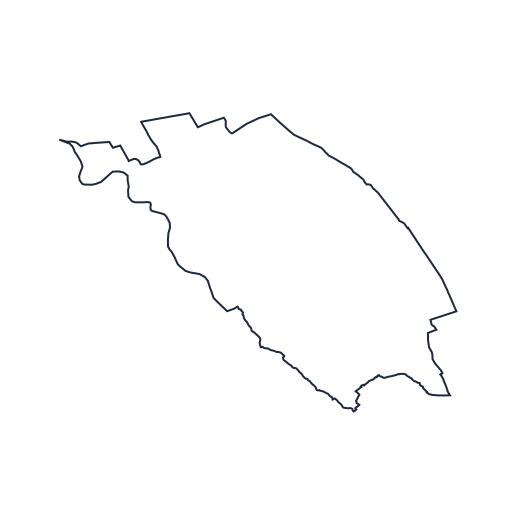 Dulcesti, Neamt, Romania, rotated 187°
{"feature_id": "2599482B7069275875494", "entity_name": "Dulcesti", "entity_type": "district", "adm_level": 2, "iso_a3": "ROU", "parent_name": "Romania", "parent_adm1": "Neamt", "projection": "natural_earth1", "projection_center": [26.772, 46.976], "detail": "fine", "context": "isolated", "style": "outline", "palette": "slate", "viewbox_px": 512, "rotation_deg": 187, "n_neighbors": 0, "source": "geoboundaries", "source_scale": "gbopen_adm2", "svg_char_len": 6043}
<svg xmlns="http://www.w3.org/2000/svg" viewBox="0 0 512 512"><g transform="rotate(187 256 256)"><path d="M172.2,354.5L172.6,354.6L175.0,355.7L176.3,356.2L178.8,357.5L181.1,358.3L183.1,359.2L183.8,359.5L188.6,361.7L192.1,363.1L196.0,364.5L198.5,366.6L199.6,367.3L202.0,369.6L204.1,371.1L204.8,371.5L211.7,373.6L215.4,374.9L220.4,376.8L230.9,380.2L232.6,380.8L233.9,381.5L238.6,384.5L246.7,390.1L248.7,391.4L258.4,398.5L270.0,393.2L281.4,386.0L294.1,375.2L294.8,374.8L295.7,375.0L297.6,376.2L301.1,379.6L301.7,380.7L302.2,382.9L302.2,383.5L302.2,384.1L302.4,386.1L303.6,388.1L304.8,389.3L322.8,380.7L329.4,376.7L339.5,389.6L385.8,375.4L386.3,375.1L385.0,373.2L379.7,366.2L378.1,363.6L374.7,359.1L372.1,356.2L368.1,352.7L365.8,348.9L364.9,346.6L363.8,344.6L363.2,343.3L363.1,342.7L364.1,342.1L365.5,341.7L367.3,340.7L369.1,339.7L373.4,336.6L375.6,335.2L376.8,334.5L378.6,333.6L379.7,333.1L381.1,332.9L381.6,333.0L381.9,333.4L382.5,334.6L383.9,336.1L384.6,336.6L385.7,337.2L387.1,337.6L388.5,337.6L389.9,337.0L392.6,335.6L393.9,334.7L394.2,335.3L395.7,337.6L399.6,342.8L404.2,349.1L411.2,346.0L415.5,351.3L430.1,348.5L432.5,347.9L435.4,347.4L437.1,346.7L440.4,345.1L442.9,343.6L443.2,343.6L444.3,344.3L446.3,345.7L447.0,346.1L448.8,346.8L450.5,347.0L453.0,347.1L454.6,346.9L456.2,346.6L457.4,346.5L458.8,346.6L465.5,347.5L454.6,344.8L451.6,342.5L449.6,339.3L448.6,337.2L446.3,334.8L441.5,328.7L439.1,323.5L439.3,322.5L440.6,317.4L441.3,313.3L440.3,309.9L438.3,307.5L437.1,306.4L435.0,306.0L427.3,306.8L423.6,308.1L418.7,310.7L411.2,319.3L408.4,322.3L402.5,323.2L398.3,322.9L395.9,321.8L393.2,320.0L392.6,315.5L390.8,309.5L391.0,305.5L389.8,299.1L387.2,296.5L385.4,295.1L382.5,294.6L378.6,295.0L374.1,295.6L370.3,296.3L367.5,296.1L366.6,294.2L366.8,291.6L366.2,289.1L364.3,287.8L363.5,287.9L354.1,286.6L352.1,286.1L349.8,284.2L347.8,281.6L345.6,278.2L345.1,275.3L344.8,273.3L345.7,268.2L345.4,261.2L344.5,254.8L342.7,252.1L340.1,249.7L336.8,245.1L334.5,241.3L332.7,238.4L330.2,236.4L327.5,234.8L324.1,232.6L319.6,231.7L309.7,231.2L307.0,230.0L304.2,228.9L300.8,225.5L297.6,218.4L296.1,215.7L293.0,209.2L288.1,205.3L277.9,197.7L271.2,201.1L268.3,203.5L267.9,203.3L267.7,203.1L266.6,201.2L264.6,201.0L264.3,200.8L264.1,200.1L263.8,199.8L262.5,198.9L262.0,198.1L262.0,197.5L262.1,196.9L262.3,196.5L262.2,196.2L261.7,195.9L261.1,195.3L261.0,194.9L260.8,193.8L260.0,192.3L259.1,191.2L258.5,190.7L258.4,190.4L257.0,189.5L254.8,186.2L253.8,185.3L253.1,185.0L252.0,183.6L251.6,182.5L251.4,181.7L251.2,181.3L250.5,180.7L249.5,180.4L247.8,179.5L246.7,178.7L246.4,178.4L243.1,176.1L242.0,174.9L241.5,174.0L241.6,172.4L241.7,171.2L241.9,170.5L241.1,168.2L240.4,166.9L240.4,166.4L240.1,166.0L239.8,166.0L238.5,166.6L237.5,166.2L236.9,165.7L235.5,165.6L232.7,165.6L231.9,165.4L231.6,165.0L229.9,164.4L226.6,164.1L225.7,163.7L223.7,163.3L222.6,163.4L221.2,163.4L220.4,163.3L219.2,162.9L218.2,162.0L217.3,161.4L216.2,160.8L215.8,160.4L215.8,159.9L216.2,159.3L216.8,158.7L216.6,157.6L216.3,156.9L216.1,156.5L215.5,155.9L214.3,155.3L213.1,154.6L210.7,152.9L209.2,152.3L208.2,151.7L207.5,151.5L207.3,151.3L207.1,150.9L206.7,150.4L205.4,149.6L205.1,149.5L203.8,149.6L203.0,149.5L202.0,149.2L201.5,148.8L198.5,145.9L197.3,145.3L196.5,144.5L196.0,144.3L195.0,142.8L193.8,141.6L193.0,141.1L192.4,140.7L191.7,140.4L190.0,140.2L189.4,139.2L189.1,139.0L187.9,138.6L187.2,138.2L185.8,136.7L185.0,136.0L181.9,134.0L181.3,133.5L180.7,132.7L179.6,130.6L179.1,130.3L178.5,130.2L177.8,130.2L176.8,130.6L176.5,130.3L176.2,130.2L173.5,129.9L171.0,129.2L169.5,128.5L167.5,127.9L166.0,126.3L164.4,125.6L163.0,124.7L162.5,122.9L160.5,124.1L160.2,124.2L157.7,122.4L156.6,121.1L155.0,120.1L153.0,118.7L152.3,118.0L151.9,117.1L151.0,116.3L150.3,116.1L148.7,116.1L146.9,116.0L146.1,116.1L144.2,116.5L143.3,116.5L142.2,116.2L141.8,116.0L141.5,115.4L141.2,114.7L140.9,114.2L140.0,113.5L138.3,115.1L137.7,115.8L138.1,116.2L138.4,116.3L138.8,116.6L138.9,116.9L138.8,117.3L137.8,118.3L137.4,118.5L136.1,120.0L135.5,120.5L135.3,120.9L138.3,122.4L138.6,123.6L139.0,124.3L139.1,124.5L138.4,125.9L137.3,129.2L136.6,130.5L136.5,131.0L136.9,131.3L137.7,132.0L140.6,133.9L139.1,135.4L135.6,138.6L136.2,138.9L136.3,139.3L135.6,140.1L133.9,141.3L133.6,141.3L133.3,140.8L133.1,140.6L132.9,140.7L130.9,142.9L130.1,143.6L128.4,145.8L127.9,146.0L126.9,146.6L125.4,147.3L124.5,147.9L123.4,149.1L123.4,149.5L123.0,149.9L121.2,150.7L121.0,151.2L121.2,151.3L120.5,151.8L120.2,152.5L119.4,152.7L119.2,152.2L118.8,152.0L116.5,151.4L114.8,150.8L114.4,150.7L113.6,150.7L112.9,151.0L110.7,152.0L107.3,153.1L102.5,154.9L100.6,156.1L100.1,156.1L99.5,156.0L98.8,156.4L98.3,156.6L96.1,156.9L94.1,157.0L93.3,156.8L91.5,155.5L90.7,155.1L89.8,154.8L88.3,154.0L86.9,153.6L86.6,153.4L86.0,152.6L84.6,151.6L83.7,151.1L83.3,151.0L82.5,151.0L81.6,150.6L81.1,150.5L80.5,150.0L80.2,149.9L79.5,149.9L78.7,150.0L78.4,150.0L78.1,149.9L78.0,149.7L77.8,148.9L77.5,148.2L76.6,147.4L75.9,147.0L74.6,146.8L74.4,146.3L74.0,145.2L73.7,144.9L72.2,143.8L70.8,142.7L69.7,142.1L69.5,141.8L69.8,141.3L68.8,141.0L68.6,140.6L67.7,140.0L65.4,139.8L65.0,139.8L64.6,139.6L63.9,139.5L62.4,139.7L59.0,139.8L53.0,140.4L46.5,141.4L48.3,143.6L48.8,144.4L49.1,144.6L49.3,144.8L49.6,145.8L49.8,146.5L51.0,148.9L52.8,152.2L54.7,155.3L54.6,155.7L54.8,156.1L56.4,158.4L57.6,159.9L58.6,160.8L58.5,161.0L58.0,161.5L57.1,161.9L56.7,162.2L56.7,162.4L57.0,163.0L58.7,165.2L65.3,171.3L68.2,175.1L68.8,179.1L69.7,181.8L73.1,186.5L75.0,193.6L75.5,197.3L76.0,200.5L68.0,204.8L70.6,207.9L72.4,208.5L73.6,209.8L74.1,211.6L75.1,213.9L50.4,225.5L51.5,227.5L52.7,229.4L56.7,236.4L60.0,241.9L60.8,243.0L61.3,244.2L62.5,246.3L64.0,248.5L66.6,252.8L68.3,255.6L70.8,258.7L87.3,277.9L89.6,280.3L108.1,302.1L108.2,302.4L109.0,302.0L109.3,302.5L112.2,305.6L112.8,306.3L113.3,306.7L114.5,307.1L116.2,307.8L117.9,308.3L118.3,308.6L118.7,309.5L142.8,333.8L145.2,335.4L146.4,336.4L147.7,337.0L148.8,338.2L149.3,339.1L151.0,340.6L153.3,340.8L155.0,340.5L157.0,342.4L158.9,345.1L162.8,347.5L164.5,348.7L169.7,351.4L172.2,354.5Z" fill="none" stroke="#1e293b" stroke-width="2"/></g></svg>